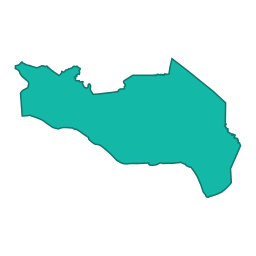 Pakxane, Bolikhamxai, Laos
{"feature_id": "54806243B37917799339304", "entity_name": "Pakxane", "entity_type": "district", "adm_level": 2, "iso_a3": "LAO", "parent_name": "Laos", "parent_adm1": "Bolikhamxai", "projection": "mercator", "projection_center": [103.742, 18.405], "detail": "fine", "context": "isolated", "style": "filled", "palette": "teal", "viewbox_px": 256, "rotation_deg": 0, "n_neighbors": 0, "source": "geoboundaries", "source_scale": "gbopen_adm2", "svg_char_len": 5224}
<svg xmlns="http://www.w3.org/2000/svg" viewBox="0 0 256 256"><path d="M21.7,61.4L21.8,62.0L19.2,64.6L18.1,65.2L16.3,65.6L15.4,65.9L15.4,67.0L15.5,68.5L15.4,68.6L17.2,69.4L18.8,70.5L19.4,71.7L20.2,73.8L21.8,76.2L27.4,81.0L28.5,82.1L28.7,83.1L28.8,84.1L28.7,84.6L28.3,85.2L28.2,85.4L28.1,86.9L27.8,87.8L26.5,88.3L24.6,89.4L23.0,90.2L21.6,91.6L20.5,93.2L22.2,116.0L28.3,115.6L29.3,115.2L35.3,117.2L39.0,118.6L42.3,120.1L43.9,121.1L46.1,122.8L48.9,124.8L50.3,125.6L50.9,126.2L52.8,127.4L53.8,127.8L57.9,128.8L58.4,128.9L58.8,128.8L59.0,128.7L59.9,128.2L63.3,127.5L68.0,127.6L69.7,127.8L72.6,128.0L73.2,128.5L74.3,129.1L75.0,129.2L76.5,129.3L79.5,131.2L83.4,134.0L88.7,137.6L88.6,138.3L88.8,139.3L89.6,140.1L91.9,142.1L94.3,143.8L95.3,144.2L96.2,144.4L97.1,144.4L98.6,144.7L100.5,145.5L102.7,147.1L106.7,150.4L110.6,153.9L116.8,160.4L121.0,162.8L122.8,163.4L124.8,163.8L127.6,163.9L129.9,163.5L138.2,163.5L146.6,163.1L148.7,162.9L149.0,164.5L149.4,164.9L150.4,165.2L152.1,165.3L156.2,164.8L156.9,164.5L160.4,162.8L161.4,163.0L162.9,163.5L168.2,163.2L172.5,163.3L178.0,162.7L179.7,162.5L180.5,162.2L182.9,163.4L184.2,163.9L185.0,164.0L186.3,165.5L187.7,166.3L189.6,167.1L190.9,167.1L192.1,168.7L194.6,172.2L197.5,177.0L201.0,185.2L203.3,192.1L205.3,194.5L206.2,196.5L207.3,197.3L208.6,197.2L209.8,196.3L211.3,196.1L217.0,194.2L221.4,192.2L225.1,189.3L228.8,185.6L231.3,182.6L230.5,168.7L240.6,145.6L239.8,144.1L239.7,143.3L239.5,142.9L239.3,142.8L239.2,142.8L239.3,143.2L239.2,143.3L238.6,143.0L238.2,142.8L238.0,142.5L238.0,142.3L238.1,142.1L238.1,141.9L238.2,141.6L238.0,141.3L238.0,141.2L238.0,140.9L238.2,140.7L238.1,140.1L237.9,139.9L237.9,139.6L237.7,139.4L237.3,139.4L237.2,139.3L237.2,139.1L237.4,138.9L237.4,138.7L237.1,138.8L236.8,138.6L236.7,138.5L236.8,138.3L236.6,138.2L236.0,138.2L235.4,138.4L235.1,138.3L234.8,138.1L234.8,137.4L234.6,137.3L234.3,137.4L234.2,137.4L234.2,137.2L234.4,137.0L234.3,136.7L234.4,136.4L234.9,136.0L235.1,135.6L235.1,135.4L234.8,134.8L234.6,134.7L234.2,134.8L233.9,134.7L233.5,134.4L233.3,134.3L233.1,134.6L232.9,135.1L232.4,135.1L233.0,134.3L233.0,134.2L232.1,134.0L231.9,134.2L231.8,134.5L231.6,134.6L231.4,134.4L231.3,134.2L231.1,133.9L230.8,133.4L230.3,133.2L229.6,133.2L229.4,133.1L228.9,132.3L228.2,132.2L227.9,132.1L227.5,131.7L227.5,131.3L227.6,131.1L227.9,131.0L228.0,130.9L228.1,130.7L227.9,130.2L227.4,129.9L227.5,129.6L227.9,129.3L228.0,129.1L227.9,128.9L227.8,128.7L227.2,128.7L226.9,128.5L226.7,128.4L226.5,128.1L226.1,128.1L225.9,127.8L226.1,127.4L225.9,127.1L225.8,126.9L225.4,126.7L225.3,126.4L224.8,126.4L224.7,126.4L224.6,126.2L224.8,125.7L224.6,125.3L224.6,125.2L224.8,125.1L225.5,125.0L226.1,124.5L226.2,124.3L225.6,123.4L225.3,123.2L225.6,102.9L213.5,91.6L199.3,80.2L189.1,71.9L172.0,58.7L170.0,67.1L168.9,74.2L167.4,74.2L167.0,74.4L166.4,74.2L166.0,74.3L165.6,74.0L165.3,73.9L165.2,73.9L165.0,74.1L164.7,74.0L164.6,74.3L164.2,74.5L164.4,74.8L164.3,75.1L163.8,75.0L163.5,75.1L163.4,75.0L163.1,75.1L163.1,74.8L163.2,74.7L162.9,74.5L162.0,74.7L161.7,74.7L160.9,74.4L160.7,74.9L160.6,75.1L160.2,75.1L159.9,75.1L159.8,74.9L159.0,74.6L158.8,74.6L158.7,74.5L158.4,74.5L157.9,74.2L157.7,74.4L157.3,74.4L157.1,74.7L156.9,74.9L156.5,74.9L156.2,75.0L155.7,75.3L155.7,75.5L155.4,75.5L155.1,75.1L154.9,75.0L154.2,75.1L153.9,75.4L153.5,75.2L153.1,75.4L152.9,75.3L132.8,75.3L124.0,80.8L123.5,81.9L123.8,82.8L124.8,84.0L125.2,84.6L125.3,85.8L124.7,86.1L124.3,86.7L124.4,88.6L123.6,88.9L120.2,89.0L118.9,89.8L118.4,90.5L118.2,91.5L112.9,92.3L105.3,93.2L98.5,94.0L93.4,94.3L92.8,94.1L92.7,94.0L92.7,93.7L92.2,92.8L92.0,92.6L91.8,92.5L91.2,91.5L90.6,90.3L90.4,89.8L90.4,88.6L90.4,87.9L90.5,87.6L90.6,85.6L89.8,84.3L89.6,84.0L89.1,83.9L88.8,84.0L88.4,84.3L88.2,84.7L88.1,86.9L87.7,87.4L87.1,87.9L86.7,88.1L86.2,88.1L85.1,87.5L84.9,87.5L84.6,87.4L83.8,86.5L83.6,86.3L83.6,86.0L83.6,85.8L83.1,84.8L82.5,84.0L82.5,83.6L82.5,83.1L82.7,82.5L83.1,82.0L83.0,81.7L82.9,81.6L82.6,81.6L80.9,81.7L80.1,81.9L79.9,81.9L79.4,81.6L79.3,81.3L79.3,80.8L79.1,80.6L78.6,80.6L76.9,80.9L76.5,80.9L75.8,80.5L75.4,80.1L75.3,79.9L75.7,78.8L75.7,78.7L75.5,78.4L74.4,77.8L74.4,77.5L74.4,77.1L74.5,77.0L74.9,76.8L75.2,76.7L76.4,76.7L76.7,76.5L76.9,76.2L76.8,75.8L76.2,75.6L76.1,75.3L76.2,75.2L76.7,75.0L77.0,74.7L77.5,74.4L78.2,74.1L78.5,74.1L79.1,74.3L79.3,74.3L79.6,72.8L79.5,72.0L79.5,71.5L79.1,70.9L79.0,70.6L79.1,70.4L79.8,69.9L80.0,69.6L80.2,68.6L80.1,68.4L79.2,68.1L78.5,67.4L77.8,67.0L77.5,66.6L77.1,66.2L76.6,66.2L76.2,66.6L75.7,66.7L75.3,66.6L74.1,66.2L73.7,66.3L73.4,66.6L73.2,66.6L73.0,66.8L72.6,67.6L72.0,67.9L70.1,68.5L69.4,68.9L68.6,68.9L68.1,69.4L67.3,69.8L66.6,69.9L65.9,70.0L65.6,70.5L64.8,71.3L64.2,71.7L64.0,72.0L63.7,72.1L63.2,72.1L62.7,71.8L62.3,71.6L61.9,71.4L61.7,71.5L61.6,71.8L61.6,72.8L61.7,73.0L61.7,73.3L60.7,73.9L60.4,74.2L60.1,74.7L59.8,75.0L59.1,75.6L57.8,74.6L56.2,73.6L55.7,73.2L55.0,72.8L53.9,72.0L53.1,71.2L52.3,70.9L51.1,69.9L50.6,69.5L50.0,69.1L49.8,68.9L49.6,68.6L49.2,68.3L48.9,67.8L48.3,67.5L47.8,67.7L47.7,67.6L47.6,67.3L47.6,66.5L47.5,66.4L47.1,66.2L46.6,66.1L46.1,66.1L45.5,66.5L45.3,66.6L44.4,66.4L44.1,66.2L43.8,65.9L43.4,65.9L42.6,65.8L41.8,65.8L37.0,67.8L32.5,66.6L30.0,65.6L26.8,65.0L22.5,62.8L21.7,61.4Z" fill="#14b8a6" stroke="#0f766e" stroke-width="1.5"/></svg>